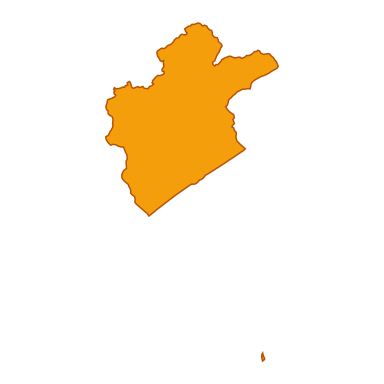 Itanhaém, São Paulo, Brazil
{"feature_id": "56859067B46019102018390", "entity_name": "Itanhaém", "entity_type": "district", "adm_level": 2, "iso_a3": "BRA", "parent_name": "Brazil", "parent_adm1": "São Paulo", "projection": "natural_earth1", "projection_center": [-46.824, -24.214], "detail": "fine", "context": "isolated", "style": "filled", "palette": "amber", "viewbox_px": 384, "rotation_deg": 0, "n_neighbors": 0, "source": "geoboundaries", "source_scale": "gbopen_adm2", "svg_char_len": 3688}
<svg xmlns="http://www.w3.org/2000/svg" viewBox="0 0 384 384"><path d="M276.3,61.5L274.9,60.1L274.0,58.6L272.5,56.9L270.9,55.5L269.4,53.8L267.4,53.7L265.5,54.1L263.4,54.3L261.0,53.3L259.4,50.9L257.8,50.3L256.7,51.4L254.5,51.6L253.1,53.0L251.2,54.6L249.2,55.5L246.5,55.5L245.4,56.7L243.5,57.8L241.4,58.4L239.9,57.1L237.6,57.4L235.1,58.0L232.4,57.1L230.6,56.2L228.0,56.5L226.5,57.4L224.6,58.1L221.8,59.6L220.9,61.4L219.6,62.8L218.0,64.6L216.1,64.5L214.9,66.0L213.0,64.6L212.6,62.4L214.7,60.9L215.7,58.4L216.6,56.0L217.4,54.4L218.9,52.5L219.7,50.5L220.6,48.2L222.1,46.0L221.3,44.1L219.7,42.7L218.5,41.6L218.2,39.7L217.1,37.6L214.6,37.4L213.4,36.2L212.3,34.8L212.3,32.6L211.6,30.5L209.5,29.8L207.8,28.1L206.7,26.0L204.4,25.2L202.5,26.0L201.4,24.7L200.1,23.6L198.6,23.0L196.6,23.4L194.8,24.3L191.8,24.4L190.1,26.2L188.5,26.2L184.7,28.9L185.6,31.3L187.1,33.2L185.8,34.9L183.1,34.5L181.5,34.3L179.6,36.0L178.7,37.9L176.4,38.1L174.6,39.7L173.2,42.1L171.0,44.2L167.5,45.7L165.7,47.7L163.9,48.6L161.6,48.2L157.7,50.8L156.9,52.5L157.5,56.0L159.2,58.4L160.1,60.6L161.6,61.5L163.5,60.7L163.4,63.3L163.9,66.4L162.1,69.2L162.1,71.0L164.1,71.7L164.0,73.7L162.1,74.9L160.1,75.6L157.8,75.4L155.8,77.1L152.9,80.3L152.1,82.9L153.6,83.9L151.8,85.8L149.6,86.4L148.1,88.6L146.1,88.6L144.0,88.1L142.8,86.4L141.1,87.1L139.4,87.5L138.1,86.6L136.4,87.0L135.0,87.7L133.2,88.3L131.7,87.1L130.9,84.3L130.4,82.5L129.3,81.5L127.2,82.7L127.7,85.0L125.3,85.8L124.5,87.3L122.8,87.0L120.9,88.0L118.7,88.5L116.4,88.8L114.4,87.7L113.6,89.5L115.0,90.6L113.9,92.0L114.3,94.0L115.7,95.0L114.9,96.8L113.0,97.6L111.2,98.5L109.0,99.2L107.5,99.9L107.0,103.3L106.1,105.3L106.0,107.9L106.8,109.8L108.1,111.0L108.1,113.5L109.3,115.0L112.0,116.6L112.8,118.0L113.0,120.2L112.6,123.0L112.9,124.7L112.7,127.0L111.4,129.7L109.9,131.9L109.1,133.7L108.4,135.3L105.8,136.7L106.0,139.0L107.2,141.3L108.9,143.5L110.7,145.2L112.7,144.4L114.5,144.5L116.2,145.0L117.9,146.0L119.9,146.6L121.4,147.0L123.6,147.1L124.9,150.6L125.7,152.7L126.9,154.7L127.2,157.5L127.1,159.3L126.1,161.2L126.2,163.7L126.4,166.6L126.5,168.4L125.1,169.5L123.5,170.8L122.6,172.8L121.8,174.8L121.9,177.8L123.2,179.8L124.8,181.6L126.4,182.9L128.2,184.4L129.1,186.8L130.2,188.8L130.8,190.8L130.6,193.1L132.6,195.1L134.5,196.5L135.2,199.2L134.9,202.1L136.3,204.1L139.1,206.6L141.4,208.5L143.6,210.4L145.0,211.7L147.2,213.5L148.9,216.0L151.4,214.1L152.6,213.1L154.5,211.6L156.8,209.6L159.3,207.6L161.3,206.2L162.6,205.1L164.0,204.1L165.3,203.0L167.2,201.7L168.5,200.6L170.0,199.4L171.7,198.2L174.0,196.4L176.8,194.3L178.9,192.9L180.2,191.9L182.2,190.5L184.1,189.2L186.0,187.9L188.9,185.8L191.7,184.1L193.7,184.2L195.3,183.9L197.1,182.7L198.5,181.4L199.6,180.0L201.4,179.5L202.8,178.4L204.0,177.2L205.6,175.1L207.5,174.2L209.8,172.7L212.6,170.9L214.9,169.5L216.6,168.3L218.2,167.4L220.4,165.9L222.3,164.7L224.2,163.5L225.5,162.6L227.2,161.4L229.2,160.1L231.1,158.8L233.2,157.5L236.2,155.4L239.4,153.2L242.2,151.4L244.0,150.1L245.3,148.8L243.7,147.4L239.8,143.9L237.0,141.0L236.2,138.3L235.8,136.4L236.3,134.7L236.2,132.4L234.4,130.4L233.8,128.0L231.9,126.9L232.8,125.1L234.4,123.7L233.7,121.8L233.0,119.3L234.3,117.7L233.7,114.7L231.6,113.3L229.4,111.7L227.8,110.1L226.6,108.2L225.6,106.9L227.3,105.3L228.2,102.4L228.5,100.2L229.5,98.9L231.0,97.9L232.3,96.4L233.4,95.3L235.2,94.1L237.1,91.9L240.2,90.5L241.7,89.5L243.1,89.2L245.9,89.0L248.1,88.6L250.0,88.9L250.7,86.6L251.0,84.2L252.0,82.4L253.7,80.8L256.1,79.2L259.6,77.3L261.7,76.3L264.0,75.5L265.8,74.8L269.1,73.0L272.1,71.0L277.1,68.2L278.2,66.3L276.3,61.5ZM264.6,359.5L264.4,357.6L263.3,356.0L262.7,353.1L261.8,354.8L261.7,357.3L262.2,359.2L262.5,361.0L264.6,359.5Z" fill="#f59e0b" stroke="#b45309" stroke-width="1.5"/></svg>